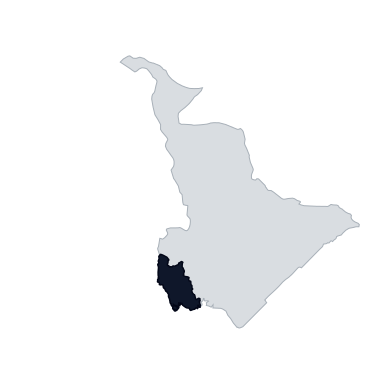 Cameroon, with Sud-Ouest highlighted, rotated 315°
{"feature_id": "CMR-799", "entity_name": "Sud-Ouest", "entity_type": "Province", "adm_level": 1, "iso_a3": "CMR", "parent_name": "Cameroon", "parent_adm1": "", "projection": "albers", "projection_center": [9.217, 5.228], "detail": "fine", "context": "in_parent", "style": "filled", "palette": "ink", "viewbox_px": 384, "rotation_deg": 315, "n_neighbors": 0, "source": "natural_earth", "source_scale": "10m", "svg_char_len": 7564}
<svg xmlns="http://www.w3.org/2000/svg" viewBox="0 0 384 384"><g transform="rotate(315 192 192)"><path d="M96.9,258.2L97.6,256.3L103.0,247.1L106.4,232.5L107.9,229.1L109.5,226.8L117.3,219.0L120.2,216.5L124.5,213.6L127.5,207.9L128.5,207.3L129.8,206.8L136.5,202.0L137.1,202.9L137.6,204.1L138.1,204.6L140.3,205.0L143.3,204.9L145.0,204.6L145.9,203.6L146.8,200.9L147.4,200.4L148.1,200.3L151.3,202.1L156.7,207.4L158.1,208.4L158.7,209.4L159.9,214.2L160.6,215.4L161.7,215.9L163.8,215.6L166.0,214.7L167.9,213.5L169.8,211.9L171.1,210.5L171.7,209.4L171.9,205.4L172.3,204.6L179.3,198.8L179.2,198.3L178.0,196.7L177.0,194.9L178.0,193.1L179.1,191.7L183.1,186.9L183.3,183.5L186.6,178.1L188.4,170.9L188.5,169.6L192.7,161.7L197.1,160.9L198.8,159.8L200.8,157.9L202.0,156.1L202.6,154.3L203.1,151.0L203.8,147.2L204.3,143.9L205.6,140.8L207.8,139.2L211.7,137.9L212.3,137.3L212.8,135.3L213.3,128.5L214.0,125.5L217.5,122.1L219.1,116.8L220.4,111.2L224.5,104.5L229.2,97.8L231.4,96.0L233.2,95.1L235.4,95.0L236.8,94.5L241.9,91.2L244.1,90.0L245.6,88.9L246.0,87.9L246.2,86.4L245.6,83.0L246.5,80.4L247.0,76.5L247.2,73.5L247.0,72.4L246.0,70.7L244.5,68.8L241.9,67.7L238.4,67.4L236.5,66.7L235.8,63.2L235.5,61.0L233.1,49.4L237.5,49.4L242.9,50.8L244.3,51.8L245.0,55.8L247.0,58.0L250.4,59.8L252.5,63.6L253.4,69.4L255.3,72.9L255.8,73.4L258.5,79.9L258.7,83.0L258.4,85.0L259.5,87.5L257.9,91.8L257.5,94.5L257.4,98.2L258.4,104.8L260.0,109.8L261.8,113.9L263.6,117.1L266.7,120.5L270.1,123.7L273.1,125.7L270.3,126.9L264.8,127.1L261.7,126.5L260.2,126.5L258.7,126.9L252.8,127.5L246.9,127.3L241.4,126.6L238.1,126.7L235.6,128.7L233.5,131.6L231.6,134.0L232.3,136.6L233.8,138.0L236.6,141.1L239.2,144.1L240.5,146.1L245.6,150.6L250.5,154.5L252.8,155.9L253.7,156.2L256.4,158.4L260.1,162.2L263.5,168.0L268.4,179.8L269.4,180.7L271.1,181.3L271.3,182.6L271.2,184.4L270.7,185.9L266.9,192.2L263.6,194.6L262.7,196.0L261.5,199.6L258.5,206.6L257.2,207.6L254.2,212.4L251.8,218.4L251.2,219.4L250.2,220.1L246.8,221.6L245.6,222.4L243.8,224.3L243.6,225.5L244.4,227.2L245.4,228.5L247.3,228.5L248.3,229.8L248.3,239.1L247.5,240.5L247.6,241.1L247.2,242.7L247.0,244.5L247.3,245.2L248.0,245.8L249.0,247.0L249.6,249.9L250.8,259.9L251.4,261.5L252.4,262.6L255.5,264.7L258.8,267.5L259.8,269.4L260.4,272.4L261.7,274.8L261.7,275.6L261.2,275.9L259.1,276.1L259.8,277.9L261.5,280.9L269.9,290.1L277.9,298.3L279.8,298.8L281.2,299.0L281.8,299.5L282.5,300.7L285.2,303.7L285.7,305.4L285.1,307.1L285.8,309.6L286.2,310.6L286.1,311.4L286.4,314.6L287.2,317.3L288.4,319.6L288.2,321.3L286.7,322.2L285.8,323.8L285.6,325.9L286.1,328.5L287.3,331.5L287.3,333.3L285.4,334.6L283.3,332.5L280.9,331.1L277.4,328.7L273.8,327.8L269.2,327.7L267.3,328.0L263.8,326.1L262.7,325.8L261.2,326.6L260.2,326.7L258.9,326.4L256.3,326.4L256.0,325.0L255.6,324.7L252.8,324.9L251.9,323.7L251.5,323.8L250.4,323.5L248.1,321.8L245.7,322.9L240.8,322.8L215.8,323.0L215.2,321.4L214.0,320.6L211.7,320.6L205.1,320.9L200.0,320.7L196.6,320.1L192.4,319.8L187.2,320.1L181.8,320.1L172.2,319.7L167.0,319.8L167.1,320.7L166.8,321.4L166.5,323.1L132.6,323.2L129.8,322.0L129.0,321.3L128.7,319.9L128.1,319.7L128.6,313.9L129.8,308.9L130.2,304.4L131.8,300.3L130.9,296.3L130.0,294.5L124.8,288.8L127.2,286.6L124.1,287.0L123.4,284.8L121.9,282.3L122.8,281.9L123.7,280.5L126.5,280.9L126.4,280.2L124.0,278.1L124.3,277.0L125.2,275.8L124.8,275.3L123.0,276.5L121.8,276.5L120.8,275.7L120.1,275.5L120.5,277.2L119.6,278.7L118.6,279.2L117.1,279.1L115.8,278.7L115.4,277.9L114.2,277.3L110.8,276.2L108.0,274.9L107.4,271.4L106.3,269.9L105.8,268.2L105.6,266.3L106.0,263.3L105.2,262.8L104.4,262.7L103.2,262.8L102.0,262.6L100.7,261.0L99.5,260.4L100.2,263.4L99.4,264.2L97.4,264.0L96.5,262.8L96.3,262.0L97.3,258.3L96.9,258.2Z" fill="#d9dde1" stroke="#a8b0b8" stroke-width="1"/><path d="M124.1,213.9L125.0,213.9L125.3,213.7L125.7,213.9L126.3,214.9L126.7,215.9L126.9,216.4L128.1,220.3L128.0,221.6L127.8,222.1L127.9,222.9L127.7,223.4L127.5,223.7L127.3,223.7L127.0,223.7L126.8,223.6L126.3,223.7L125.7,224.5L123.2,226.0L122.9,226.4L122.8,226.7L122.9,226.9L122.9,227.0L123.0,227.1L123.4,227.6L123.1,228.8L123.2,229.2L123.4,229.4L123.7,229.5L124.0,229.7L124.2,229.9L124.9,230.8L125.4,230.9L126.1,230.8L126.3,230.9L126.5,231.1L126.7,231.5L126.9,231.8L127.2,232.1L127.9,232.5L129.4,233.0L131.0,233.7L132.4,232.9L133.4,233.3L134.6,233.5L135.4,233.8L135.8,234.8L135.8,235.0L135.7,235.3L134.6,235.7L132.6,237.4L132.2,237.9L132.0,238.3L131.9,239.4L131.7,239.8L130.7,242.4L129.8,243.1L128.9,243.3L128.0,244.4L127.7,244.5L127.4,244.6L127.2,244.6L126.9,244.9L126.9,245.1L127.1,246.0L127.5,247.1L128.4,248.2L128.8,248.8L129.3,249.9L129.3,250.4L129.1,250.7L128.2,250.8L127.8,251.3L127.5,252.1L127.3,252.7L127.2,253.1L127.4,253.4L127.9,254.0L127.9,254.3L127.7,254.5L127.4,254.8L127.0,255.4L126.2,256.2L125.9,256.5L125.8,256.9L125.8,257.2L125.8,257.9L125.5,258.5L124.8,259.0L124.1,260.0L124.0,260.9L123.8,261.1L123.6,261.2L123.4,261.2L123.0,261.1L122.5,261.1L122.3,261.3L121.9,261.8L121.1,263.2L120.9,264.0L120.8,265.4L120.8,265.8L121.1,266.4L120.9,267.0L119.2,269.7L119.1,270.5L119.0,271.1L119.5,271.4L121.3,271.7L121.6,272.0L121.8,272.2L122.1,272.8L122.1,273.1L121.9,273.3L121.6,273.6L121.4,273.8L121.1,274.3L120.9,274.5L120.6,274.6L120.3,274.3L120.0,274.4L119.3,275.2L119.3,275.3L118.3,277.0L118.0,277.6L118.0,277.9L117.9,278.0L117.6,278.1L117.1,278.4L116.3,279.2L115.9,278.9L115.6,278.1L115.7,277.2L116.2,276.6L116.2,276.4L115.5,276.5L115.3,277.0L115.1,277.4L114.3,278.2L113.5,278.1L113.3,278.1L113.3,277.6L113.3,277.3L113.3,277.0L112.9,276.7L112.6,276.7L112.2,276.7L111.7,276.7L111.5,276.8L111.1,276.8L109.8,275.9L107.6,274.9L107.3,274.7L107.2,274.0L107.7,272.5L107.8,271.8L107.0,271.0L106.4,270.2L106.0,269.2L105.4,265.6L105.5,265.0L106.2,263.9L106.4,263.3L105.8,263.9L105.5,264.1L105.4,263.8L105.4,263.5L105.5,263.1L105.6,262.8L105.5,262.5L105.3,262.3L104.8,262.1L104.6,261.7L104.4,261.4L104.2,261.1L103.9,261.4L104.7,262.6L104.8,263.1L104.7,263.5L104.3,263.5L104.2,263.1L103.0,262.1L102.9,262.4L103.0,262.7L103.1,262.9L103.3,263.0L103.0,263.6L102.9,263.7L102.7,263.6L102.2,263.3L102.1,263.2L101.9,263.0L101.5,262.9L101.1,262.6L100.9,262.2L100.6,261.3L99.5,259.7L99.4,258.7L99.0,259.3L99.1,260.0L99.5,260.8L100.1,263.1L100.4,263.3L100.7,263.5L100.9,263.7L101.1,264.3L100.5,264.6L97.4,264.9L97.1,264.7L97.2,264.4L97.6,264.1L97.8,263.8L97.5,263.7L97.3,263.7L97.1,263.8L96.9,264.4L96.7,264.5L96.4,264.4L96.1,264.4L95.7,264.0L95.6,263.4L95.7,262.9L96.1,263.0L96.3,262.7L96.8,261.8L96.5,262.0L96.1,262.0L95.9,261.8L95.8,261.4L95.8,261.1L96.0,260.7L96.5,260.2L97.2,259.7L97.3,259.5L97.3,259.2L97.2,258.9L97.2,258.6L97.3,258.3L97.5,258.5L97.4,257.5L97.5,257.0L97.7,256.8L97.9,256.7L98.3,256.3L98.2,256.0L98.1,255.6L98.1,255.1L98.3,254.7L99.0,254.2L99.1,253.7L100.1,252.2L100.5,251.7L100.7,251.2L101.1,250.1L101.2,249.7L101.7,249.0L102.0,248.7L102.5,248.5L102.8,248.4L103.0,248.1L103.7,244.7L103.6,244.4L103.4,243.8L103.4,243.5L103.6,242.9L104.1,241.8L104.3,241.2L104.2,240.7L104.2,240.2L104.1,239.7L104.3,239.2L104.6,238.7L105.1,238.3L105.5,237.8L105.6,237.2L105.4,236.5L104.9,236.0L104.3,235.6L103.8,235.1L103.5,234.4L103.7,234.1L104.1,233.8L104.6,233.2L104.7,232.6L104.5,232.1L104.2,231.7L104.1,231.2L104.4,230.8L105.3,230.2L105.6,229.8L106.1,229.4L106.6,229.5L107.1,229.7L107.6,229.6L107.7,229.3L107.7,228.6L107.9,228.4L108.3,228.2L108.6,227.9L109.1,227.1L111.4,224.7L114.8,221.9L115.5,221.0L116.2,219.5L116.5,219.1L116.9,218.9L117.2,218.9L117.5,218.9L117.9,218.9L118.6,218.5L119.3,217.0L120.1,216.6L121.2,216.1L121.7,215.9L122.1,215.5L122.7,214.4L123.1,214.1L123.8,213.9L124.1,213.9Z" fill="#0f172a" stroke="#020617" stroke-width="1.5"/></g></svg>